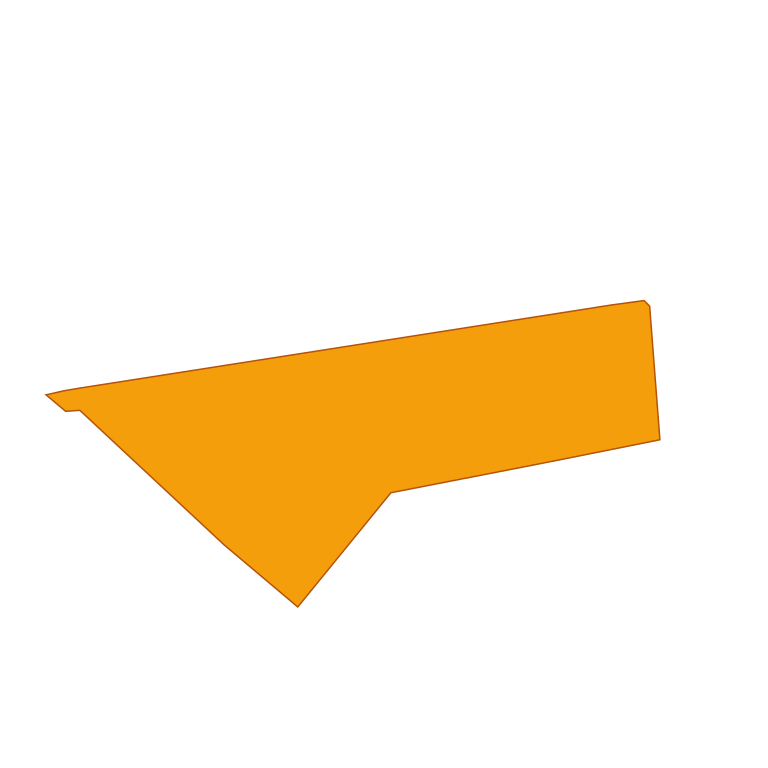 Garagum, Mary, Turkmenistan (Mercator projection), rotated 133°
{"feature_id": "10190150B14310189929045", "entity_name": "Garagum", "entity_type": "district", "adm_level": 2, "iso_a3": "TKM", "parent_name": "Turkmenistan", "parent_adm1": "Mary", "projection": "mercator", "projection_center": [61.282, 38.084], "detail": "fine", "context": "isolated", "style": "filled", "palette": "amber", "viewbox_px": 768, "rotation_deg": 133, "n_neighbors": 0, "source": "geoboundaries", "source_scale": "gbopen_adm2", "svg_char_len": 339}
<svg xmlns="http://www.w3.org/2000/svg" viewBox="0 0 768 768"><g transform="rotate(133 384 384)"><path d="M170.4,271.0L593.8,603.2L607.3,613.5L622.4,623.8L621.1,598.2L610.7,588.5L610.7,391.1L605.9,295.0L458.8,304.8L335.7,215.4L236.6,144.2L145.9,242.8L145.6,250.7L170.4,271.0Z" fill="#f59e0b" stroke="#b45309" stroke-width="1.5"/></g></svg>